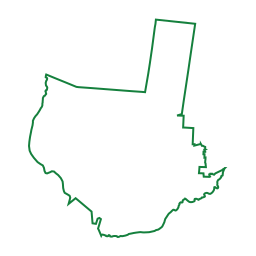 Jiménez, Coahuila, Mexico (orthographic projection), rotated 92°
{"feature_id": "50627088B62617687912347", "entity_name": "Jiménez", "entity_type": "district", "adm_level": 2, "iso_a3": "MEX", "parent_name": "Mexico", "parent_adm1": "Coahuila", "projection": "orthographic", "projection_center": [-100.845, 29.005], "detail": "fine", "context": "isolated", "style": "outline", "palette": "green", "viewbox_px": 256, "rotation_deg": 92, "n_neighbors": 0, "source": "geoboundaries", "source_scale": "gbopen_adm2", "svg_char_len": 5317}
<svg xmlns="http://www.w3.org/2000/svg" viewBox="0 0 256 256"><g transform="rotate(92 128 128)"><path d="M205.9,184.7L200.0,177.9L202.7,174.4L211.8,162.8L212.8,161.5L224.5,160.1L224.9,156.7L219.7,155.2L218.9,153.5L220.0,151.9L229.6,154.4L230.6,153.8L236.6,151.0L235.7,150.6L235.5,150.2L235.4,149.8L235.5,149.2L235.6,148.8L235.7,148.2L236.2,146.9L236.2,146.7L236.3,146.7L236.5,146.4L236.7,146.2L236.8,145.8L236.9,145.4L236.9,145.1L236.9,144.9L236.8,144.5L236.7,144.1L236.5,143.8L236.4,143.7L236.1,143.8L235.9,143.7L235.7,143.3L235.8,143.1L235.9,142.9L236.0,142.6L236.2,142.4L236.6,142.1L236.9,141.9L237.0,141.9L237.1,141.5L237.1,141.0L237.1,140.5L237.0,139.9L236.7,139.4L236.5,138.6L236.4,137.8L236.4,136.0L236.5,135.5L236.5,135.4L237.2,134.8L237.2,134.7L237.3,134.2L237.1,133.5L236.9,132.9L236.7,132.6L236.2,131.6L236.2,131.4L236.2,131.2L236.3,130.7L236.3,130.2L236.3,129.8L235.9,128.1L235.6,126.9L235.0,125.2L234.5,124.2L233.9,123.5L233.3,120.9L232.7,118.5L232.3,116.4L231.8,113.4L231.7,112.7L231.6,111.9L231.8,109.4L231.7,107.1L231.4,103.3L230.6,100.2L230.0,97.9L229.0,96.3L228.8,95.4L228.5,94.3L227.7,93.1L226.7,91.9L226.1,91.1L225.2,90.3L223.0,89.3L220.6,88.3L219.5,88.1L217.7,87.6L217.4,87.5L216.2,86.7L214.7,85.8L212.7,84.6L212.1,84.1L211.7,83.7L210.8,82.6L210.4,82.2L209.5,81.4L209.0,80.9L208.5,80.4L208.2,80.0L208.2,79.8L208.1,79.5L208.2,79.1L208.4,78.7L208.6,78.4L208.7,77.9L208.8,77.4L208.1,76.5L207.7,76.1L207.0,75.6L205.8,75.0L205.7,74.9L205.2,74.8L204.5,74.7L203.9,74.6L203.7,74.5L202.9,74.0L202.2,73.8L201.8,74.0L201.3,73.7L200.9,73.4L200.6,73.0L200.5,72.9L200.6,71.5L200.5,71.3L200.3,71.0L200.2,70.9L199.7,70.8L199.2,70.9L198.8,70.8L198.6,70.7L198.2,70.5L197.7,70.0L197.5,69.7L197.3,69.1L197.2,68.9L197.0,68.7L196.6,68.5L196.8,68.1L197.0,67.7L198.4,66.0L199.2,64.9L199.7,64.1L199.8,63.6L199.9,63.0L199.9,62.2L199.8,61.7L199.7,61.0L199.4,60.3L198.9,59.2L198.7,59.0L198.4,58.9L197.5,58.8L197.4,58.8L197.0,59.0L196.8,58.9L196.6,58.8L196.5,58.6L196.4,58.2L196.4,57.8L196.4,57.1L196.7,56.2L196.8,55.9L197.1,55.5L197.3,55.1L197.3,54.9L196.8,54.6L196.6,54.3L196.5,54.2L196.3,53.6L195.9,52.7L195.7,52.4L195.5,52.1L195.1,51.9L194.9,51.8L194.9,51.6L194.9,51.3L194.9,51.2L194.6,50.4L194.4,49.8L194.1,49.2L193.8,48.8L193.7,48.8L193.4,48.8L193.2,48.9L191.8,49.6L191.6,49.6L191.3,49.4L191.0,49.2L190.7,48.9L190.5,48.5L190.3,48.0L190.2,47.6L190.1,47.1L190.1,46.7L190.2,46.2L190.5,45.6L190.8,45.0L190.9,44.2L191.0,43.7L190.7,43.1L190.4,42.6L189.9,42.0L189.4,41.5L188.8,41.0L188.0,40.5L187.4,40.2L186.8,39.9L186.2,39.8L185.6,39.7L185.2,39.7L184.6,39.7L184.3,39.7L184.1,39.6L184.1,39.0L184.1,38.7L184.4,38.4L184.6,38.1L185.0,37.5L185.1,37.1L185.2,36.9L185.2,36.6L185.1,36.3L184.9,36.1L184.6,35.9L184.2,35.8L183.8,35.8L183.5,35.9L183.0,36.1L182.5,36.4L181.9,36.8L181.6,36.8L181.1,36.8L180.0,36.7L179.9,36.7L179.5,36.8L179.2,36.9L178.8,36.9L178.3,36.8L177.8,36.6L176.6,35.9L176.5,35.7L176.4,35.5L176.2,35.1L176.0,34.8L175.7,34.5L175.4,34.3L175.1,34.1L174.6,33.6L174.3,33.4L174.1,33.2L173.6,33.2L173.3,33.2L173.1,33.2L172.8,33.1L172.6,32.9L172.6,32.7L172.4,32.1L172.3,31.9L172.1,31.8L171.8,31.7L171.5,31.7L171.2,31.7L170.9,31.7L170.7,31.7L170.0,31.6L169.9,31.6L169.7,31.7L168.4,31.4L165.9,30.5L165.3,30.2L164.7,29.8L164.6,29.7L164.6,29.8L164.9,30.1L165.6,30.5L165.6,31.2L166.8,32.5L168.7,36.1L170.3,39.1L171.7,40.4L171.1,42.0L170.8,42.1L170.8,43.6L171.1,43.5L171.1,44.2L171.1,44.4L171.5,45.2L172.4,45.0L172.7,44.9L173.7,44.3L174.0,44.8L174.0,50.6L170.7,51.0L170.7,55.5L167.1,55.3L164.4,55.2L164.4,48.8L160.6,49.3L160.0,49.7L157.5,49.6L156.6,49.5L154.8,49.5L155.0,50.6L151.6,50.6L151.6,51.7L149.1,51.7L149.1,50.0L148.8,50.0L148.3,50.5L147.1,51.1L146.9,51.0L146.9,50.5L146.7,49.9L146.6,50.1L144.2,50.2L143.9,51.1L143.7,51.5L143.5,52.0L143.2,52.4L143.2,52.8L143.1,53.2L143.2,53.5L141.3,54.7L141.5,54.7L141.6,54.8L141.5,55.0L143.3,61.1L141.9,61.0L142.0,62.8L125.8,62.7L125.6,70.9L125.6,72.9L113.8,72.8L113.8,79.4L112.2,74.7L99.3,73.3L68.0,69.7L54.3,68.2L21.5,64.5L18.7,103.9L23.1,104.2L26.3,104.7L48.0,106.8L51.5,107.2L62.5,108.4L73.3,109.7L91.6,112.2L91.4,115.8L91.1,124.6L90.9,129.8L90.7,134.4L89.8,155.8L89.4,165.3L88.9,178.9L88.7,181.0L86.1,188.0L85.1,190.7L80.9,202.2L77.4,211.6L78.1,211.8L79.7,212.0L80.2,212.0L80.7,210.9L81.1,210.6L81.6,210.5L82.2,210.6L82.8,210.8L83.6,211.3L84.8,211.6L85.4,211.8L86.2,211.8L86.7,211.7L87.1,211.6L87.5,211.6L88.1,211.5L88.6,211.3L89.0,210.9L89.5,210.5L90.2,210.2L90.4,210.1L90.9,210.1L91.4,210.2L92.6,210.4L93.0,210.7L93.0,210.9L93.0,211.1L93.1,211.3L93.4,211.5L93.8,211.7L94.1,211.8L94.4,211.6L94.7,211.4L95.2,211.4L95.9,211.3L96.4,211.0L96.9,211.0L97.4,211.5L98.0,211.8L98.4,212.0L98.6,212.2L99.1,213.2L99.4,213.4L99.9,213.6L101.1,214.1L102.5,214.1L104.0,214.2L104.3,214.2L105.6,214.2L106.2,214.4L107.6,214.4L108.6,214.4L110.3,215.1L111.5,216.0L112.3,216.3L114.7,217.6L117.5,219.3L119.4,220.9L121.5,222.2L124.2,223.3L125.7,223.2L128.7,223.5L133.3,224.5L135.5,224.8L140.4,225.6L145.2,226.1L149.4,226.3L154.1,225.5L157.3,223.9L161.0,221.1L165.2,217.2L167.2,214.1L167.8,212.9L168.4,211.8L170.8,210.6L173.9,209.9L175.9,208.8L176.2,207.3L174.9,204.3L173.9,202.6L174.1,200.4L175.7,198.6L177.5,196.1L180.4,193.4L183.7,191.5L186.2,191.1L190.2,190.7L193.2,189.9L195.0,189.0L196.4,186.3L197.7,184.0L199.6,183.3L202.1,183.8L205.9,184.7Z" fill="none" stroke="#15803d" stroke-width="2"/></g></svg>